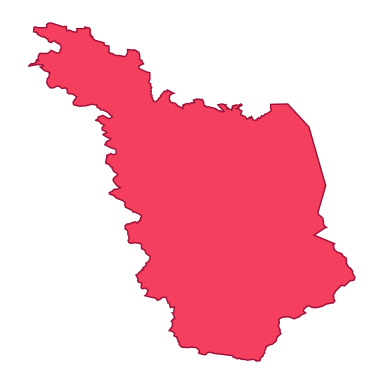 Athlone Lea-6, Roscommon, Ireland (Robinson projection)
{"feature_id": "5873133B90689891107780", "entity_name": "Athlone Lea-6", "entity_type": "district", "adm_level": 2, "iso_a3": "IRL", "parent_name": "Ireland", "parent_adm1": "Roscommon", "projection": "robinson", "projection_center": [-8.208, 53.474], "detail": "fine", "context": "isolated", "style": "filled", "palette": "rose", "viewbox_px": 384, "rotation_deg": 0, "n_neighbors": 0, "source": "geoboundaries", "source_scale": "gbopen_adm2", "svg_char_len": 5867}
<svg xmlns="http://www.w3.org/2000/svg" viewBox="0 0 384 384"><path d="M344.8,285.8L349.7,280.9L353.9,280.2L355.0,277.6L352.4,273.0L352.6,271.1L350.4,268.2L348.7,267.3L346.5,263.5L346.3,259.0L345.9,257.9L342.7,255.7L341.8,253.7L337.3,252.1L335.1,250.5L333.7,247.9L333.8,246.6L333.1,244.9L335.2,243.4L334.2,243.6L314.1,235.1L325.3,227.6L327.4,227.5L325.6,227.1L324.3,225.7L323.4,223.8L323.5,222.0L322.6,217.9L318.5,214.6L318.0,212.2L325.7,185.7L308.9,127.0L287.7,104.0L270.7,104.4L270.7,108.8L271.4,109.9L271.2,110.8L267.8,113.2L264.7,114.3L263.6,116.0L261.4,115.9L260.0,118.6L258.5,117.7L256.9,119.1L257.1,120.0L254.3,120.3L252.8,119.7L252.0,117.2L251.3,116.5L250.2,118.2L249.5,117.3L248.4,118.5L246.9,119.1L245.2,116.7L240.5,114.5L241.9,111.1L238.8,109.2L236.8,108.6L238.6,108.1L238.4,107.5L242.0,105.1L241.0,104.0L238.3,105.5L236.5,104.9L232.8,105.9L232.2,106.8L233.1,107.7L231.8,108.7L231.8,110.3L228.6,108.6L227.3,108.8L227.9,108.2L227.7,107.6L225.3,106.1L226.0,104.9L221.6,104.0L218.0,104.8L224.0,111.5L220.9,111.8L220.5,110.7L218.2,110.7L217.4,109.8L216.3,109.8L216.0,108.8L215.2,108.5L208.3,106.8L207.1,107.1L206.2,106.1L204.2,106.1L203.5,102.0L202.3,99.4L200.9,99.8L199.8,99.2L196.9,99.6L196.9,99.1L193.6,100.0L193.5,100.9L194.5,102.5L193.3,103.0L191.4,102.7L189.3,104.0L187.7,103.4L185.0,104.2L185.0,104.8L183.7,104.8L183.7,105.2L182.9,105.3L183.0,108.5L177.3,105.5L175.3,103.3L170.5,102.3L170.4,101.2L169.3,100.0L169.7,95.4L172.1,93.7L173.7,93.3L167.2,89.9L166.9,91.5L164.5,91.2L160.7,95.7L160.5,97.2L158.9,98.1L158.0,100.0L156.2,101.4L153.7,101.5L151.9,97.0L151.9,95.0L150.6,94.0L151.3,91.9L150.8,89.3L151.7,87.5L150.5,85.7L150.7,83.7L149.4,83.3L148.7,82.0L149.1,80.6L149.8,80.0L149.8,72.7L146.4,71.9L139.1,68.6L138.8,66.0L143.5,63.8L142.3,62.1L142.1,60.9L139.7,59.0L139.6,54.9L138.8,52.2L136.8,51.7L136.6,50.9L134.1,49.7L133.9,50.3L127.5,49.5L127.7,52.1L126.8,54.5L125.7,56.2L124.2,56.6L119.4,55.5L115.9,55.6L112.2,53.5L109.9,53.4L109.8,52.5L108.7,52.1L109.2,49.4L108.7,48.1L109.0,46.2L104.4,45.2L103.9,42.7L95.3,40.5L92.6,38.1L92.8,36.9L91.6,36.6L91.8,36.1L90.0,35.2L90.8,33.7L89.9,32.2L90.5,30.4L89.6,28.1L85.0,27.1L85.4,28.6L76.9,28.6L77.0,32.1L73.5,31.9L69.5,30.2L66.8,30.7L66.1,26.4L62.6,26.7L51.4,23.0L48.3,23.2L46.5,24.7L47.2,26.9L46.1,27.6L37.9,27.8L35.5,26.9L34.1,27.3L33.6,31.7L37.3,32.6L37.4,34.1L40.6,36.1L43.4,37.1L44.9,36.8L45.4,37.9L48.0,39.4L48.5,41.4L50.5,42.4L51.2,42.5L53.3,41.0L54.5,41.1L58.5,43.9L59.9,43.8L61.2,46.9L61.1,48.8L60.1,49.8L60.4,50.8L59.3,52.6L57.6,53.3L51.0,50.4L50.9,51.2L47.1,53.6L40.4,53.3L39.4,53.8L38.5,56.0L37.9,59.6L38.4,59.8L38.5,60.6L36.5,60.0L36.0,61.5L36.4,62.2L33.7,63.6L31.3,63.7L29.4,65.2L29.0,66.1L38.0,64.4L40.3,65.0L42.7,64.6L43.4,66.0L40.4,67.1L44.9,70.9L48.4,71.7L48.6,72.5L49.7,72.7L48.9,77.3L47.5,78.3L46.8,82.3L47.3,84.1L50.0,87.7L53.3,87.9L57.2,86.0L59.7,86.6L61.9,88.4L66.0,87.9L66.1,88.6L66.8,88.8L67.4,91.0L67.1,92.2L68.8,93.8L71.6,93.8L73.5,94.5L76.8,96.8L73.4,101.6L73.1,102.8L73.7,104.7L79.5,106.2L86.1,105.7L91.6,104.3L96.9,105.1L96.8,106.2L97.4,107.6L99.8,108.2L100.4,109.8L103.1,110.0L107.5,112.2L108.8,113.2L109.4,114.4L112.2,116.3L111.6,117.6L108.9,118.7L102.5,115.3L100.8,116.4L98.5,116.7L97.7,119.2L96.2,119.7L95.8,120.4L99.1,121.3L100.8,123.3L104.1,125.0L103.9,126.0L102.2,127.5L102.1,129.8L106.2,131.8L106.8,132.7L103.6,134.0L103.1,134.5L103.3,135.0L108.6,138.0L110.0,138.0L110.9,138.8L109.9,139.9L106.7,141.4L104.9,144.7L111.2,147.9L115.2,149.1L116.1,150.3L116.3,152.9L115.6,153.9L113.5,154.8L110.6,153.5L109.7,154.4L106.9,155.2L106.7,156.2L107.4,157.2L106.5,158.1L105.7,162.4L105.9,163.4L108.4,164.1L109.6,165.0L110.4,166.5L112.5,167.5L112.1,168.6L113.0,169.4L113.4,171.1L117.2,173.6L117.5,175.1L113.6,178.2L113.1,180.2L113.9,181.8L117.2,185.9L120.3,187.5L117.1,189.2L113.9,189.4L112.1,191.4L109.3,192.6L109.3,193.9L113.9,195.6L116.0,197.9L122.8,200.6L125.4,202.7L124.8,204.5L125.4,207.1L131.8,210.2L133.0,212.0L134.7,212.1L139.1,213.9L141.2,215.6L141.7,216.8L140.5,217.8L140.9,219.6L139.6,220.1L139.9,221.0L139.6,221.4L137.9,221.8L137.5,223.0L136.5,223.0L136.0,222.2L134.4,221.8L133.3,222.6L131.8,222.5L130.7,223.6L126.5,224.2L125.1,225.9L125.3,229.2L126.7,229.7L127.7,231.0L128.1,235.1L129.2,236.6L128.9,237.3L129.2,238.3L128.1,240.5L128.9,242.4L130.5,243.3L136.0,242.7L140.7,243.6L141.4,244.7L141.6,248.8L143.5,249.3L145.3,250.9L145.6,252.9L149.8,256.2L150.2,257.6L148.7,261.5L145.8,263.2L146.3,265.4L142.7,268.1L143.7,269.1L142.5,270.3L141.5,269.9L140.7,271.5L139.4,272.1L138.2,273.8L136.0,275.1L138.1,279.0L137.7,280.9L138.5,282.1L141.9,283.1L141.1,286.5L141.6,288.4L143.7,288.6L145.6,288.0L148.2,290.3L147.1,292.5L146.8,294.1L145.0,295.7L155.9,298.3L157.4,300.3L160.0,299.4L162.3,297.4L166.2,297.3L168.0,302.9L169.1,302.8L170.4,307.5L174.3,306.9L173.8,312.3L173.6,313.0L172.3,313.0L173.3,314.2L174.8,318.5L173.4,318.8L171.3,321.3L172.5,322.1L172.7,323.0L172.2,324.5L172.5,326.0L169.2,330.6L172.7,331.5L174.5,333.5L174.0,335.9L177.0,337.0L176.8,337.8L177.5,338.9L178.1,341.4L179.3,342.6L179.1,344.3L181.6,347.1L187.3,347.6L191.6,347.1L196.5,347.7L199.5,350.6L199.4,351.6L198.6,352.3L199.0,353.3L204.2,354.7L205.6,354.7L207.4,352.8L209.8,352.2L214.3,353.4L232.0,355.5L233.1,356.2L233.3,357.4L235.1,357.4L236.2,358.4L238.2,358.8L239.4,358.0L241.1,359.2L246.2,359.6L247.3,360.2L253.6,359.2L256.4,361.0L260.0,360.7L260.6,357.9L262.8,356.3L263.6,354.2L264.7,353.0L264.3,352.0L266.5,346.5L269.8,344.7L272.3,344.2L275.9,341.3L277.3,336.9L280.9,333.7L279.8,331.3L280.1,329.9L278.4,326.3L279.3,322.5L278.9,319.6L279.6,318.7L282.5,317.2L288.5,316.7L294.1,318.8L299.2,316.8L302.3,314.2L304.0,313.9L305.6,312.8L303.4,311.4L303.8,309.1L307.7,305.8L310.4,306.4L312.2,307.5L316.8,307.6L322.2,306.3L326.7,303.9L333.3,302.8L334.5,301.7L334.8,300.4L333.4,298.6L333.9,297.0L333.3,295.4L335.6,291.2L340.9,285.8L341.7,285.4L344.8,285.8Z" fill="#f43f5e" stroke="#9f1239" stroke-width="1.5"/></svg>